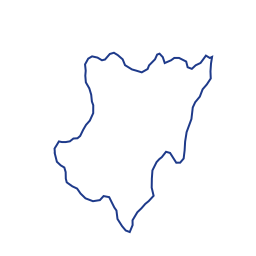 Mark, Västra Götaland, Sweden (Equal Earth projection), rotated 111°
{"feature_id": "70781695B92952656574297", "entity_name": "Mark", "entity_type": "district", "adm_level": 2, "iso_a3": "SWE", "parent_name": "Sweden", "parent_adm1": "Västra Götaland", "projection": "equal_earth", "projection_center": [12.633, 57.47], "detail": "fine", "context": "isolated", "style": "outline", "palette": "blue", "viewbox_px": 256, "rotation_deg": 111, "n_neighbors": 0, "source": "geoboundaries", "source_scale": "gbopen_adm2", "svg_char_len": 1418}
<svg xmlns="http://www.w3.org/2000/svg" viewBox="0 0 256 256"><g transform="rotate(111 128 128)"><path d="M63.1,166.5L62.8,168.1L65.4,171.5L72.3,174.0L74.1,176.6L73.2,181.7L74.0,187.2L77.5,190.0L84.0,190.9L89.7,188.0L94.5,186.6L100.5,183.7L104.9,178.3L110.1,174.3L116.2,171.2L119.2,168.6L126.6,165.8L134.8,166.3L140.1,168.3L145.7,169.2L152.6,169.8L155.7,171.5L157.4,175.2L161.3,177.5L163.5,181.2L164.8,184.6L165.3,187.7L169.4,188.4L173.5,189.2L177.4,187.4L177.6,187.5L185.0,182.3L187.0,177.4L187.7,173.3L191.5,170.4L197.6,167.9L200.7,165.7L202.4,159.1L202.8,153.8L206.2,148.8L208.9,142.5L208.9,134.5L205.4,128.4L200.3,126.4L199.3,120.8L203.0,116.8L207.1,112.3L209.2,109.2L216.7,105.2L221.8,98.3L224.5,93.4L224.5,90.3L224.5,89.1L217.0,88.9L212.5,90.7L203.3,89.1L198.2,86.7L192.7,84.7L188.9,82.5L182.1,79.8L175.2,84.5L166.7,87.6L158.8,90.0L149.6,89.1L145.8,87.6L143.1,86.0L136.6,84.0L136.2,79.8L140.0,74.7L143.1,70.5L141.7,66.9L137.7,65.5L136.6,65.1L128.7,67.1L120.2,69.8L112.7,71.4L110.9,71.8L96.9,72.0L85.6,74.9L79.8,74.5L73.0,72.2L65.1,72.2L59.0,70.0L52.1,68.5L45.6,71.3L38.1,73.6L31.5,75.0L33.3,76.7L32.5,81.2L37.4,82.5L41.3,83.6L45.2,87.3L49.9,89.6L49.9,94.1L45.1,97.5L44.3,105.4L46.0,109.9L49.4,112.1L54.2,117.0L49.4,120.9L47.3,125.2L49.0,127.1L54.2,127.4L62.0,130.8L65.9,130.8L71.1,135.1L71.5,140.8L71.9,145.3L70.4,153.3L65.8,157.6L63.6,163.7L63.1,166.5Z" fill="none" stroke="#1e3a8a" stroke-width="2"/></g></svg>